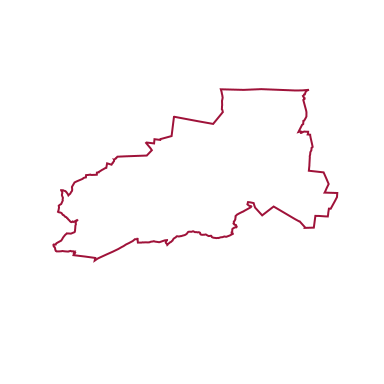 San Salvador el Seco, Puebla, Mexico, rotated 66°
{"feature_id": "50627088B87389921667442", "entity_name": "San Salvador el Seco", "entity_type": "district", "adm_level": 2, "iso_a3": "MEX", "parent_name": "Mexico", "parent_adm1": "Puebla", "projection": "equal_earth", "projection_center": [-97.611, 19.143], "detail": "fine", "context": "isolated", "style": "outline", "palette": "rose", "viewbox_px": 384, "rotation_deg": 66, "n_neighbors": 0, "source": "geoboundaries", "source_scale": "gbopen_adm2", "svg_char_len": 6038}
<svg xmlns="http://www.w3.org/2000/svg" viewBox="0 0 384 384"><g transform="rotate(66 192 192)"><path d="M246.8,179.1L246.9,178.4L247.1,175.3L246.8,170.9L246.7,171.2L246.7,171.5L246.3,172.2L246.2,172.5L245.5,172.5L244.8,172.1L244.6,171.4L242.5,170.4L242.0,169.8L242.0,169.2L241.8,168.0L241.9,166.6L242.3,166.0L242.1,165.5L241.7,165.2L240.7,165.4L240.0,165.3L239.8,165.5L239.5,166.1L239.0,166.5L237.8,166.9L237.5,166.3L236.8,166.2L236.0,165.8L235.7,165.0L235.5,164.6L234.3,163.3L233.6,163.1L232.6,162.3L232.0,162.2L231.8,162.1L231.6,161.8L231.3,160.8L231.2,160.5L230.9,159.8L230.9,159.2L230.9,158.5L230.8,158.1L230.6,153.9L230.7,153.7L230.6,152.8L230.6,152.3L230.5,152.1L229.9,144.8L229.7,144.2L229.5,143.9L229.4,143.7L229.2,143.7L229.0,143.8L228.8,144.2L228.6,144.3L228.4,144.7L228.2,144.8L228.1,145.1L227.3,145.7L225.8,146.4L224.0,144.9L225.3,142.8L227.2,140.2L229.4,140.5L231.9,140.7L241.9,137.4L238.9,125.1L238.5,123.3L258.7,108.9L262.5,106.0L262.6,105.6L270.0,103.2L270.6,103.7L274.1,95.2L264.0,89.0L265.7,85.4L268.2,80.7L269.6,77.9L268.1,76.9L266.3,75.9L262.9,73.7L263.7,72.1L258.4,65.1L255.6,61.6L252.0,59.7L246.5,71.1L245.8,70.2L243.5,67.7L240.3,63.9L234.0,63.8L227.6,63.8L220.1,76.6L215.4,73.9L215.1,73.8L208.1,70.2L207.2,69.9L205.8,68.8L203.8,67.7L203.7,67.6L202.9,66.6L202.6,66.1L200.3,64.8L200.2,64.5L200.1,63.7L199.7,63.4L195.9,62.6L190.8,61.6L187.9,60.9L187.7,60.8L186.5,62.9L185.8,62.2L184.2,61.4L183.0,63.9L182.5,64.7L182.4,65.2L182.4,65.7L182.2,66.2L182.4,66.8L182.3,67.3L182.5,67.9L182.3,68.4L181.2,67.8L180.9,68.0L180.5,70.4L175.4,64.1L175.2,62.8L172.3,61.3L172.4,60.5L170.9,58.4L169.6,56.8L165.7,55.0L164.1,54.6L153.2,52.9L152.7,51.2L152.0,51.0L151.7,51.5L150.9,51.3L150.1,51.6L149.4,51.6L149.3,50.8L148.5,50.0L148.7,49.2L147.7,48.3L146.9,47.6L146.7,47.3L146.3,46.4L146.2,46.0L146.1,45.3L146.2,43.6L143.9,50.3L140.9,57.1L126.2,86.9L119.7,103.3L109.9,123.9L112.9,124.3L113.9,124.6L116.5,125.1L117.2,125.4L117.6,125.4L118.4,125.7L120.0,126.8L120.9,127.5L123.4,128.5L124.0,128.8L124.8,129.0L125.8,129.7L126.9,130.2L128.6,131.1L129.4,130.9L130.4,131.1L131.2,131.3L131.5,131.3L133.9,136.0L138.4,145.0L129.8,157.7L116.0,177.7L116.0,177.9L132.6,187.9L131.0,198.3L130.8,199.3L131.5,199.8L128.5,204.8L132.2,206.9L128.3,213.4L128.5,214.0L135.2,212.1L137.5,211.7L140.3,218.5L132.3,238.4L129.4,245.8L130.0,247.0L130.3,247.5L130.1,247.7L130.4,248.3L130.5,248.9L130.7,249.3L130.7,249.7L131.0,250.0L130.9,250.1L131.0,250.1L131.4,250.3L131.9,250.6L132.1,250.7L133.2,252.8L133.4,252.8L133.6,253.4L134.0,254.0L134.3,254.4L131.3,257.9L135.1,260.5L134.8,261.3L135.0,262.1L135.0,262.7L135.2,264.4L135.2,265.0L135.7,268.3L135.7,269.0L136.1,269.2L135.6,271.0L137.5,271.9L137.3,272.5L135.6,276.8L135.3,277.2L134.9,278.0L134.7,278.0L134.2,279.9L133.6,281.6L133.5,281.9L135.5,283.0L135.2,284.1L135.1,285.3L135.2,285.9L135.5,286.4L135.4,293.1L135.5,295.4L138.5,299.6L138.9,299.8L139.6,299.9L140.5,300.3L141.2,300.5L142.1,301.1L142.8,302.2L142.9,302.5L144.0,303.9L144.2,304.5L144.5,305.6L144.8,306.3L143.9,306.3L143.2,306.4L142.7,306.4L141.3,306.8L140.8,306.8L140.4,307.1L139.8,307.2L139.3,307.7L138.9,308.4L138.1,308.9L137.5,310.0L137.1,310.8L137.3,310.9L138.8,310.6L140.0,310.8L140.6,311.2L141.0,311.6L141.9,312.1L142.5,312.2L144.9,312.3L146.1,313.2L146.9,313.4L147.2,313.5L149.8,316.4L149.9,317.8L150.3,319.3L152.1,319.8L154.6,321.5L155.6,322.5L155.8,322.4L156.5,321.7L157.3,320.5L157.9,320.0L158.3,319.7L160.1,319.4L160.5,319.2L160.6,318.9L161.1,318.6L161.3,318.6L161.7,318.3L162.6,318.1L163.3,317.8L163.7,317.2L164.3,316.9L165.1,316.8L165.3,316.6L165.5,316.4L166.7,316.2L168.0,315.6L169.1,315.4L169.3,315.2L170.0,314.9L170.3,314.7L170.6,314.1L170.4,313.0L171.1,312.6L171.2,311.4L171.0,310.3L170.9,308.1L170.7,307.5L171.2,308.3L171.2,308.7L171.7,309.7L172.8,310.9L174.1,311.1L174.4,311.3L175.3,312.2L177.8,313.5L179.3,314.4L179.7,314.5L180.7,315.3L180.9,315.7L180.8,319.4L180.6,319.9L180.0,321.0L179.3,322.5L178.9,323.2L179.2,323.6L179.2,324.0L179.6,325.3L180.6,327.3L181.3,328.5L182.3,329.8L182.5,330.2L183.2,331.2L183.4,333.5L183.5,334.9L183.7,336.6L183.9,337.2L184.6,337.9L183.7,339.7L183.9,340.1L184.6,340.3L185.3,340.4L185.9,340.3L186.1,340.0L187.5,339.9L188.9,340.3L190.1,340.4L190.3,340.3L190.6,340.3L190.9,339.9L191.2,339.8L191.4,339.4L192.2,337.6L192.7,336.2L193.0,335.4L193.1,334.6L194.5,332.3L195.3,330.8L196.1,329.3L196.1,328.5L196.3,328.0L196.3,327.2L196.9,326.4L197.5,325.8L197.7,324.8L198.4,324.1L198.7,323.4L199.6,324.5L200.0,323.8L200.8,325.0L200.9,324.8L201.6,325.8L207.5,315.9L212.9,307.2L215.1,308.8L214.5,305.6L214.4,304.0L214.3,295.1L214.3,292.1L214.3,288.6L214.1,282.5L213.7,278.6L213.6,276.6L213.1,273.6L213.0,270.2L212.8,267.6L212.7,266.1L211.9,263.3L212.9,261.4L211.9,260.4L213.2,261.0L216.2,262.0L217.7,258.6L217.9,257.6L218.2,257.2L219.0,255.1L220.0,253.0L220.2,252.6L220.7,251.1L220.6,250.4L220.9,249.0L221.2,248.2L221.4,246.9L221.7,246.7L221.8,246.4L222.3,245.9L224.0,243.2L224.5,242.5L224.7,241.3L225.1,236.6L225.4,235.6L225.8,234.4L226.0,234.5L226.2,235.1L226.7,235.9L226.9,236.2L227.3,236.5L228.1,236.5L229.5,236.0L230.3,236.1L230.1,235.5L229.8,235.2L229.6,234.9L229.5,234.5L229.5,233.7L229.0,232.4L229.1,231.7L228.9,231.0L228.5,230.0L228.5,229.6L228.0,229.0L227.3,228.0L227.0,227.1L226.8,225.3L226.3,224.2L226.3,223.7L227.3,222.1L227.4,221.5L227.6,221.1L227.6,220.5L228.0,219.5L228.0,218.8L228.0,218.5L228.2,217.5L228.4,216.0L228.3,214.9L228.1,214.0L227.9,213.5L227.3,212.5L227.0,212.0L227.0,211.6L227.0,211.1L227.3,210.3L227.5,210.0L228.1,208.7L228.2,208.3L228.2,207.4L228.5,206.7L229.5,206.0L229.9,205.6L230.2,204.9L230.5,204.2L231.3,203.1L231.3,202.6L231.7,201.9L232.4,201.3L233.1,201.3L233.5,201.5L233.9,201.5L234.6,201.1L235.2,200.2L236.1,198.0L236.3,196.9L236.6,196.5L238.1,195.5L239.0,194.7L239.3,194.0L239.5,193.0L239.8,192.3L240.1,192.2L241.2,192.2L241.7,191.8L242.4,191.1L242.8,190.5L243.5,189.3L244.0,188.6L244.6,186.7L244.9,186.4L245.0,184.5L245.2,183.8L245.5,182.9L245.7,182.4L245.7,181.5L245.8,180.5L246.1,180.2L246.5,179.4L246.8,179.1Z" fill="none" stroke="#9f1239" stroke-width="2"/></g></svg>